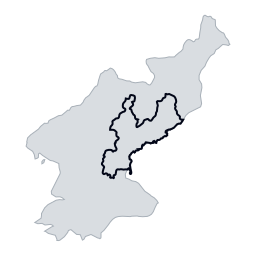 Hamgyŏng-namdo on a map of North Korea (orthographic projection)
{"feature_id": "PRK-3311", "entity_name": "Hamgyŏng-namdo", "entity_type": "Province", "adm_level": 1, "iso_a3": "PRK", "parent_name": "North Korea", "parent_adm1": "", "projection": "orthographic", "projection_center": [127.614, 40.189], "detail": "fine", "context": "in_parent", "style": "outline", "palette": "ink", "viewbox_px": 256, "rotation_deg": 0, "n_neighbors": 0, "source": "natural_earth", "source_scale": "10m", "svg_char_len": 8899}
<svg xmlns="http://www.w3.org/2000/svg" viewBox="0 0 256 256"><path d="M158.3,202.9L157.1,203.5L155.2,207.2L153.3,211.7L151.5,214.2L149.4,215.6L147.2,216.4L142.7,216.7L138.7,216.4L137.3,216.0L131.8,216.2L130.2,216.6L122.2,216.2L118.1,216.6L115.4,217.4L112.7,219.3L110.3,222.0L108.2,225.0L104.0,230.3L101.0,232.9L101.0,236.8L100.9,237.9L99.9,238.7L99.5,238.3L97.8,238.0L91.0,234.5L85.4,236.5L83.9,239.3L82.4,240.1L80.3,234.7L76.6,234.4L70.9,229.6L68.4,230.5L67.7,232.4L64.4,236.7L59.9,240.2L58.4,240.6L56.8,240.4L57.0,239.4L55.3,235.3L48.3,233.4L45.8,231.6L44.6,231.2L51.6,226.9L53.4,226.1L52.1,225.0L50.6,224.4L45.0,225.0L42.1,223.4L37.8,223.7L34.8,222.5L41.1,218.2L41.5,215.6L41.5,213.6L44.7,207.8L48.0,204.6L56.2,200.2L59.7,199.6L62.2,199.9L64.3,199.5L62.2,197.7L60.0,196.8L55.9,196.9L51.6,194.1L51.3,191.3L60.1,173.7L60.3,172.1L59.1,167.7L58.8,163.5L52.9,160.9L50.3,160.5L42.8,155.6L39.8,153.1L38.6,153.7L38.3,157.5L37.1,158.3L35.1,159.0L34.3,154.6L32.7,151.4L27.8,148.1L26.1,146.2L27.1,142.5L26.7,142.1L27.6,137.9L30.8,134.7L38.5,129.1L40.6,126.4L44.5,123.2L46.2,123.4L48.0,123.1L48.5,121.7L49.0,120.6L50.5,119.7L54.2,118.0L58.5,115.7L61.8,115.2L66.0,111.7L67.6,110.2L69.3,110.3L69.8,109.6L70.8,107.7L72.1,106.6L73.9,106.4L76.8,105.6L80.5,105.1L83.1,102.2L84.0,100.1L85.7,97.8L89.2,95.3L91.7,91.6L94.4,87.6L95.7,86.3L96.9,86.0L97.7,84.5L98.6,80.2L99.9,76.0L100.6,74.0L103.7,71.9L104.5,70.8L105.2,70.5L106.6,70.8L108.5,69.5L110.3,68.1L112.0,68.6L113.6,69.8L115.3,72.1L116.1,74.0L117.4,75.6L117.7,77.8L119.1,78.8L122.0,79.3L126.7,80.9L129.8,81.0L131.6,82.1L135.3,82.8L142.7,81.8L145.7,82.4L147.0,83.8L148.9,84.9L150.1,84.9L151.7,83.0L153.4,79.8L154.6,77.4L154.5,75.5L153.5,73.5L151.0,71.6L149.4,68.7L147.9,65.6L147.0,64.6L146.3,63.2L146.1,60.9L146.6,59.4L150.3,58.3L154.9,57.7L158.7,58.3L165.1,57.8L168.9,56.9L171.8,57.0L174.5,56.9L175.6,55.6L179.3,52.4L181.0,51.3L182.9,49.1L183.2,46.9L183.6,45.1L184.6,43.1L186.5,40.7L188.1,39.6L189.9,39.7L191.9,40.7L193.2,41.8L194.5,41.4L195.6,39.6L196.4,39.2L198.6,39.0L199.2,37.8L199.9,32.3L200.7,27.9L200.8,24.9L202.6,19.8L203.1,16.8L204.2,15.4L205.6,15.4L206.7,16.3L208.2,16.8L210.0,16.2L211.4,17.0L212.2,18.6L215.1,19.6L215.3,20.4L215.5,25.9L217.1,28.4L219.2,30.6L222.1,32.6L223.6,33.0L224.5,34.5L225.5,37.1L227.6,39.5L228.7,41.3L229.0,43.2L229.9,44.3L228.4,45.5L226.2,44.9L222.7,44.5L218.3,48.4L215.9,49.8L214.2,53.5L210.7,55.8L208.9,58.2L206.5,62.3L204.9,66.2L201.2,70.3L199.1,75.4L199.1,79.7L201.6,84.0L201.9,87.7L200.4,95.5L201.6,103.6L200.6,106.8L188.8,112.7L185.8,115.5L181.5,122.9L176.2,125.6L172.9,128.6L168.3,130.5L165.4,135.6L162.2,138.5L158.4,140.3L155.5,142.6L149.0,142.8L144.5,144.4L141.2,148.7L131.4,153.5L130.1,157.2L130.7,162.9L130.8,167.2L129.9,170.8L127.8,169.8L126.6,171.0L125.3,174.3L125.7,178.0L129.1,179.2L131.8,180.8L135.8,181.6L138.6,183.3L144.8,191.2L149.9,194.7L151.2,196.0L154.1,197.7L156.8,200.4L158.3,202.9ZM43.8,162.7L41.9,163.8L41.9,161.6L43.4,159.8L44.8,159.6L43.8,162.7Z" fill="#d9dde1" stroke="#a8b0b8" stroke-width="1"/><path d="M183.1,119.7L182.9,120.0L182.8,120.5L181.7,122.0L180.5,123.7L178.9,123.6L177.2,124.2L174.7,126.9L173.5,128.1L172.5,128.3L172.0,128.8L170.9,129.2L170.4,129.2L170.0,129.7L169.0,129.5L167.9,129.9L167.3,130.8L166.9,130.8L166.8,130.4L166.2,130.7L165.7,131.3L165.6,132.5L166.0,132.7L166.9,133.0L167.0,133.4L167.3,133.8L167.1,134.4L167.2,135.4L166.8,135.6L166.0,136.3L165.8,136.3L165.4,136.1L164.7,136.1L164.4,136.4L163.3,136.9L163.0,137.6L162.8,137.9L162.2,138.3L161.2,138.3L160.2,139.4L159.7,139.7L159.0,140.0L158.3,139.9L157.5,140.0L156.6,141.3L156.3,142.9L155.4,142.7L154.7,141.3L154.2,140.9L153.3,141.3L153.0,141.8L153.2,142.9L152.9,143.0L152.2,142.9L151.9,142.9L151.5,143.0L150.9,143.4L150.6,143.5L150.4,143.4L150.1,143.0L145.8,142.3L145.6,142.5L145.6,143.1L145.5,143.3L145.2,143.6L144.9,143.7L144.6,143.8L144.4,144.0L143.8,145.0L143.6,145.3L143.3,145.4L142.5,144.9L142.0,145.9L142.0,146.6L141.8,148.4L141.5,148.8L138.4,149.1L138.9,149.5L138.8,150.0L137.8,150.5L136.7,150.3L135.6,150.7L135.1,152.1L134.6,152.5L134.1,151.9L133.3,151.4L132.7,152.3L132.3,152.5L131.7,152.9L131.2,153.4L130.8,154.4L129.9,155.0L129.7,155.4L129.6,155.7L129.3,156.4L129.2,156.7L129.3,157.1L129.4,157.7L129.5,158.7L129.6,159.2L129.8,159.4L130.1,159.3L130.9,159.7L131.5,160.5L131.6,161.5L130.4,163.3L129.9,165.1L130.4,168.0L131.3,172.2L131.2,173.4L131.0,173.8L130.6,174.0L130.2,173.9L129.9,173.4L129.9,172.8L130.1,172.2L130.6,171.1L129.4,169.4L129.3,168.9L129.0,168.4L128.6,168.3L128.2,168.6L127.2,169.5L126.7,169.4L126.2,169.4L125.2,169.4L123.6,169.6L121.9,169.3L120.8,169.2L119.2,169.5L118.0,169.3L117.7,169.3L117.3,169.5L117.0,169.6L116.7,169.9L116.5,170.2L116.3,170.5L116.2,170.9L116.0,172.2L115.8,173.1L115.7,174.0L115.5,174.5L115.1,174.8L114.9,175.0L113.9,175.2L113.7,175.5L113.6,175.8L113.7,176.5L113.9,177.2L113.9,177.5L113.9,177.8L113.5,178.1L112.8,177.7L112.4,177.6L111.9,177.6L111.0,177.8L110.8,177.8L110.5,177.7L110.3,177.6L110.1,177.4L110.1,177.2L110.3,176.4L110.4,176.1L110.3,175.7L110.2,175.3L110.0,175.0L109.8,174.8L109.6,174.7L109.4,174.6L109.2,174.6L108.9,174.6L108.7,174.6L108.5,174.8L108.1,175.2L107.9,175.3L107.7,175.3L107.6,175.1L107.5,174.9L107.4,174.4L107.2,174.0L107.1,173.8L106.9,173.6L106.7,173.5L106.4,173.4L105.9,173.4L105.7,173.4L105.5,173.5L104.4,174.0L104.0,174.1L103.7,174.0L103.5,173.9L103.3,173.8L103.1,173.6L102.8,173.1L102.7,172.9L102.7,172.4L102.8,171.6L103.5,168.8L104.0,167.5L104.1,167.3L104.1,166.9L103.9,166.5L103.7,166.2L102.5,165.0L102.2,164.6L102.0,164.4L102.0,164.2L101.9,163.8L102.0,163.4L102.3,162.6L102.6,162.2L102.8,161.9L103.0,161.7L103.3,161.2L103.3,160.7L103.3,160.4L103.2,160.1L103.0,159.4L103.0,159.1L103.0,158.8L103.3,158.4L104.6,157.0L104.7,156.8L104.7,156.6L104.6,156.3L104.5,156.2L103.8,156.0L103.7,155.9L103.6,155.7L103.6,155.3L104.1,154.4L104.6,153.6L104.8,153.4L104.9,153.1L105.3,151.6L105.5,151.2L105.7,150.9L105.9,150.8L106.3,150.5L106.8,150.3L108.6,149.9L110.7,149.9L111.2,150.0L111.6,150.1L111.8,150.3L112.0,150.4L112.6,151.4L112.8,151.5L113.1,151.6L113.3,151.5L113.5,151.3L113.8,151.0L114.0,150.8L115.5,150.7L115.9,150.4L116.2,150.0L116.4,149.6L116.5,149.3L116.5,149.0L116.5,148.6L116.3,148.2L115.4,146.4L115.2,146.0L114.9,144.4L114.8,143.8L114.8,143.6L114.8,143.3L114.9,143.1L115.4,143.0L115.6,142.9L115.7,142.7L115.7,142.4L115.6,141.9L115.6,141.6L115.7,141.4L115.8,141.2L118.2,139.3L118.5,138.8L118.6,138.6L118.7,138.4L118.7,137.9L118.5,137.6L118.2,137.2L117.0,136.5L116.7,136.2L116.5,135.8L116.4,135.2L116.3,133.9L116.3,133.6L116.5,133.2L116.6,132.9L116.6,132.7L116.5,132.3L116.4,132.0L114.8,130.5L114.5,130.3L114.1,130.1L113.5,129.9L113.1,129.8L110.1,129.8L110.1,129.3L110.2,128.5L110.3,127.7L110.5,127.0L111.1,126.0L111.9,125.2L112.5,124.3L112.6,123.1L112.4,121.5L112.8,120.8L113.6,120.3L114.6,119.6L115.1,119.2L115.5,118.8L116.0,118.5L116.6,118.4L118.0,118.2L118.4,118.0L119.0,117.0L119.5,114.5L120.2,113.5L122.7,112.0L124.1,111.6L124.5,111.4L124.9,111.0L125.1,110.5L125.3,110.0L125.3,109.1L124.9,108.6L123.6,108.0L122.9,107.0L122.8,105.6L123.0,104.0L123.6,102.9L125.2,101.1L125.6,100.1L125.8,98.5L127.1,98.8L128.5,98.9L129.1,98.7L129.4,98.2L129.6,97.4L129.8,96.6L130.3,95.3L131.1,95.0L133.3,95.4L134.5,96.0L134.9,97.1L134.9,98.4L134.6,100.1L134.5,100.7L134.3,101.2L133.9,101.5L133.4,101.7L132.5,101.7L132.0,102.0L132.2,102.5L133.0,103.8L133.1,104.9L132.5,105.8L130.5,107.4L130.1,107.9L129.8,108.3L129.9,108.9L130.3,109.1L130.9,109.2L131.3,109.7L131.5,110.2L131.7,111.3L131.9,111.9L133.2,114.2L133.5,114.7L133.9,114.9L134.3,115.1L134.6,115.5L134.9,116.1L135.1,117.7L135.3,118.4L135.6,118.8L135.9,119.0L136.2,119.2L136.6,119.2L137.6,119.3L138.1,119.5L137.8,119.9L137.5,120.4L137.5,120.8L137.6,121.3L137.7,121.9L137.6,122.5L137.4,122.8L136.8,123.5L136.6,124.1L136.5,124.6L136.4,125.7L136.5,126.5L136.7,127.0L137.1,127.1L137.6,126.9L139.7,125.7L142.7,123.3L143.1,122.8L143.4,122.1L143.6,121.4L143.8,120.9L144.1,120.4L144.6,120.0L147.1,119.1L147.6,119.0L148.1,119.1L148.5,119.5L149.3,120.3L150.2,120.7L151.2,120.6L152.0,119.7L153.3,117.7L153.8,117.2L155.3,115.9L155.6,115.3L155.8,114.8L156.0,113.2L156.1,112.6L156.6,111.8L156.9,111.3L157.0,110.5L157.1,109.8L157.2,108.3L157.3,107.5L157.7,106.1L157.8,105.4L157.5,104.2L157.1,102.9L156.9,101.8L157.5,101.1L158.5,101.1L159.7,101.2L160.8,101.1L161.7,100.6L162.1,100.1L162.7,98.9L163.0,98.3L163.6,98.0L164.9,97.5L165.3,97.0L165.4,96.5L165.5,95.8L165.5,95.0L165.5,94.5L165.6,94.0L166.1,93.9L167.4,94.3L167.8,94.3L168.6,94.1L169.1,94.0L169.6,94.2L172.9,95.7L174.2,96.4L175.1,97.5L175.9,99.5L176.1,100.6L176.2,101.7L176.0,102.5L175.3,103.7L175.0,104.5L175.0,105.2L175.4,105.9L175.7,106.6L175.5,107.1L175.1,107.8L175.1,108.4L175.3,109.1L175.7,109.8L176.3,110.5L176.6,110.9L176.8,111.4L176.9,111.9L176.9,113.0L177.0,113.5L177.4,114.3L178.0,114.9L179.4,115.9L179.9,116.6L179.9,117.2L179.8,117.8L179.9,118.6L180.3,119.1L180.8,119.4L181.4,119.6L183.1,119.7Z" fill="none" stroke="#020617" stroke-width="2"/></svg>